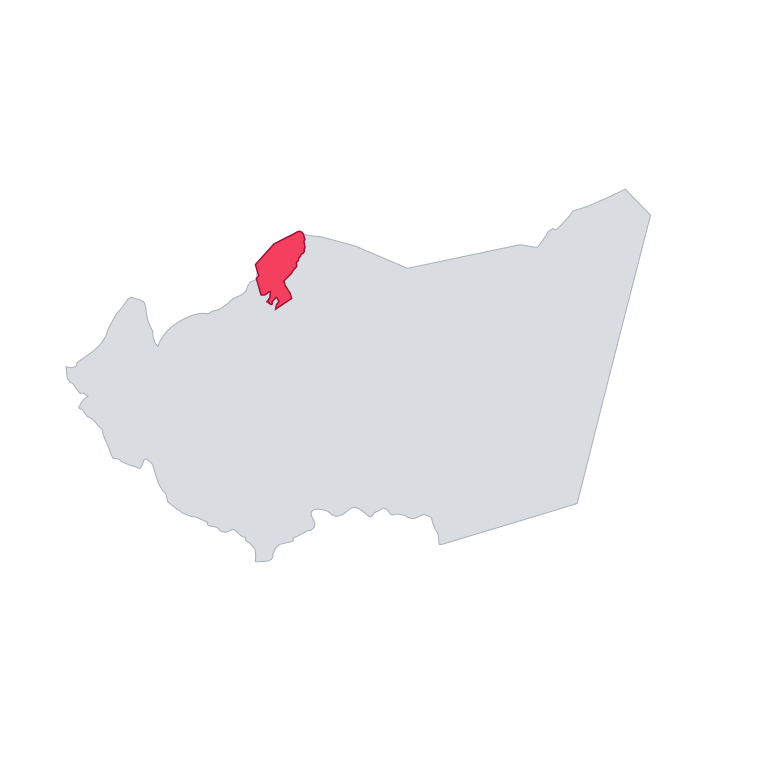 where Lac sits in Chad, rotated 74°
{"feature_id": "TCD-1466", "entity_name": "Lac", "entity_type": "Prefecture", "adm_level": 1, "iso_a3": "TCD", "parent_name": "Chad", "parent_adm1": "", "projection": "natural_earth1", "projection_center": [14.654, 13.759], "detail": "fine", "context": "in_parent", "style": "filled", "palette": "rose", "viewbox_px": 768, "rotation_deg": 74, "n_neighbors": 0, "source": "natural_earth", "source_scale": "10m", "svg_char_len": 5770}
<svg xmlns="http://www.w3.org/2000/svg" viewBox="0 0 768 768"><g transform="rotate(74 384 384)"><path d="M552.1,231.3L552.4,248.2L552.7,265.2L552.9,282.1L553.2,299.0L553.4,315.9L553.6,332.9L553.8,349.8L554.1,366.7L554.1,372.3L553.7,374.5L553.6,374.8L553.0,375.2L545.3,373.6L541.9,373.6L537.2,374.8L530.3,375.5L525.8,375.3L522.7,378.2L520.3,381.7L521.6,390.1L521.3,392.9L520.4,395.7L518.4,398.2L516.3,400.2L515.0,401.9L513.5,405.7L512.4,407.5L512.5,409.9L512.1,412.4L510.9,413.7L507.7,414.7L505.6,415.8L504.0,417.6L502.8,418.9L503.5,420.7L504.3,423.1L504.8,426.8L505.1,429.0L506.7,430.8L507.7,432.1L508.1,433.6L507.1,435.0L503.2,437.7L501.7,438.7L499.9,440.1L499.2,440.6L496.3,443.2L494.9,445.5L494.2,447.4L494.3,450.0L495.8,453.9L497.4,457.3L498.0,459.8L498.4,462.6L498.3,465.2L497.5,467.5L496.0,469.5L490.6,473.4L488.0,477.6L485.9,482.8L485.4,485.6L486.0,487.5L487.1,489.1L488.7,489.9L491.1,490.1L495.0,489.2L498.6,488.7L502.5,490.5L504.6,494.8L503.8,498.0L505.3,503.7L506.7,510.6L506.6,513.0L507.1,513.8L509.6,514.3L510.1,515.9L509.4,528.0L510.6,531.4L512.2,533.9L514.0,535.1L515.9,536.7L516.9,537.9L519.0,538.1L521.4,540.3L522.1,543.3L521.9,546.1L520.6,552.3L519.5,556.4L518.1,556.2L515.3,555.1L511.8,554.3L507.6,553.5L503.5,555.2L499.2,557.4L497.8,559.0L496.6,560.0L494.7,559.8L493.0,560.1L492.0,561.6L490.4,563.4L484.2,566.9L482.9,568.2L482.1,569.5L482.1,570.9L482.7,573.8L482.8,577.4L481.4,580.3L479.8,582.2L477.9,583.0L476.4,583.4L475.4,584.6L472.1,591.2L470.7,592.4L467.8,592.2L459.6,602.1L458.8,605.0L455.8,609.1L452.0,613.7L448.6,615.9L448.3,616.8L447.4,617.7L445.3,618.7L438.0,624.3L429.2,624.0L425.4,626.2L421.6,627.2L416.1,628.3L414.4,628.2L407.4,628.6L399.1,628.5L395.9,629.3L392.9,631.4L390.7,633.3L390.4,633.9L390.7,634.7L390.6,635.3L396.4,639.8L397.9,642.1L396.5,644.3L395.8,644.6L395.7,644.7L394.7,646.4L391.3,651.6L386.2,657.7L383.5,659.4L382.5,660.6L381.1,664.6L380.2,665.2L376.7,665.7L369.6,666.1L359.9,667.5L354.1,667.9L350.4,667.5L345.3,670.3L343.5,671.0L342.4,671.3L337.4,674.0L333.2,678.2L331.7,679.0L325.7,680.8L323.4,683.7L322.3,683.9L318.5,680.1L315.9,676.6L314.7,673.1L314.5,672.0L313.8,672.2L311.7,673.8L309.9,675.5L309.1,678.9L303.0,681.2L297.7,683.1L295.4,685.5L291.7,686.8L287.0,686.3L283.4,685.3L279.8,684.9L281.5,681.9L282.2,679.6L282.3,676.8L282.1,674.9L279.9,674.0L278.6,672.5L275.5,663.7L272.4,654.7L267.9,645.8L263.1,640.2L259.6,636.7L258.5,636.3L256.7,635.2L255.4,634.2L249.0,628.1L242.4,621.4L240.7,618.3L237.4,613.7L233.7,609.0L231.8,606.8L230.9,602.9L233.4,599.4L236.2,595.0L239.5,592.0L243.9,591.8L251.1,593.0L258.8,593.4L266.5,592.5L268.4,591.9L270.4,591.9L274.5,593.0L281.7,592.7L285.4,590.9L281.4,587.9L277.1,583.0L273.1,577.7L270.7,572.9L268.4,566.7L266.4,559.0L265.1,549.1L265.3,543.5L265.9,539.4L268.1,532.9L266.6,529.1L267.0,526.0L266.7,521.4L266.1,519.1L263.3,511.4L262.7,510.6L260.2,505.3L259.1,496.5L256.4,490.7L251.9,487.9L249.3,484.5L248.4,478.4L246.7,476.8L239.6,474.7L233.8,474.7L229.5,467.9L224.0,459.1L219.0,451.0L215.7,434.7L213.9,425.4L216.0,422.5L220.2,415.9L225.5,403.2L237.5,383.5L243.6,373.4L255.9,358.4L270.9,339.9L279.3,329.5L280.7,310.6L282.1,290.5L283.2,275.3L284.5,257.3L285.6,242.3L286.4,231.3L287.5,215.8L288.5,212.8L294.4,200.7L294.8,199.0L293.7,197.0L285.4,186.6L282.8,184.3L281.2,178.9L283.4,175.9L273.3,158.6L270.8,156.4L269.8,154.3L269.6,151.2L269.4,139.2L266.8,120.3L263.2,98.3L275.0,92.1L283.9,87.3L295.2,81.2L305.8,87.5L321.1,96.5L336.4,105.4L351.7,114.4L367.0,123.4L382.4,132.4L397.7,141.4L413.1,150.4L428.5,159.4L443.9,168.4L459.3,177.4L474.8,186.4L490.2,195.4L505.7,204.3L521.2,213.3L536.7,222.3L552.1,231.3Z" fill="#d9dde1" stroke="#a8b0b8" stroke-width="1"/><path d="M233.8,474.7L226.4,462.9L219.0,451.0L218.8,449.8L218.5,448.6L218.3,447.4L218.1,446.2L217.8,445.0L217.6,443.8L217.4,442.5L217.1,441.3L216.9,440.1L216.7,438.9L216.4,437.7L216.2,436.5L216.0,435.3L215.8,434.1L215.5,432.9L215.3,431.7L215.0,429.9L214.5,428.0L213.9,425.4L213.9,423.1L215.0,421.5L215.8,421.0L217.0,420.4L218.3,420.3L219.0,420.1L219.3,420.2L222.7,420.2L223.2,420.2L223.6,420.3L224.0,420.8L224.3,421.3L224.5,421.6L224.8,421.7L230.1,422.1L231.6,422.6L232.0,423.3L232.3,423.6L232.6,423.6L233.7,423.7L234.1,423.7L234.3,423.8L234.5,424.0L235.1,424.9L235.3,425.0L235.5,424.9L235.7,425.0L235.8,425.1L236.0,425.4L236.1,425.7L236.3,427.3L236.4,427.9L236.6,428.1L236.8,428.3L237.9,428.9L239.8,431.3L240.2,431.7L241.7,432.2L242.0,432.7L242.9,434.3L243.3,434.7L243.6,434.8L243.9,434.9L246.0,435.2L246.4,435.3L246.7,435.4L246.9,435.6L247.2,435.8L250.0,440.3L250.4,440.7L251.7,442.0L252.6,443.2L257.5,452.2L257.8,452.5L258.1,452.3L258.9,451.7L259.3,451.6L259.5,451.6L261.1,452.0L261.4,452.0L271.0,449.2L276.3,449.2L282.2,467.6L278.4,465.6L278.1,465.4L277.5,464.7L277.1,464.2L276.3,462.7L276.2,462.5L276.0,462.3L275.7,462.3L271.5,463.2L271.2,463.4L271.0,463.6L271.2,464.0L274.0,468.5L274.2,468.8L274.4,468.8L276.0,469.2L276.1,469.3L276.3,469.4L276.3,469.6L276.5,470.1L276.5,470.3L276.5,470.5L276.4,470.7L274.7,472.2L274.6,472.3L274.4,472.3L274.2,472.0L273.9,472.0L273.6,472.1L273.4,472.2L273.3,472.4L273.2,472.6L273.2,473.1L273.1,473.3L273.0,473.5L272.8,473.8L272.7,473.9L272.4,473.7L272.2,473.6L272.1,473.3L271.8,472.5L271.7,472.4L271.5,472.2L271.3,472.0L271.2,471.7L270.2,471.2L270.0,470.8L270.0,470.4L269.9,470.2L269.7,469.9L268.5,469.4L267.5,469.2L267.2,469.1L266.8,468.9L266.7,468.8L266.5,468.7L266.1,468.6L265.4,468.3L264.9,468.0L264.2,467.8L263.8,467.9L263.7,468.1L263.7,468.3L263.8,468.5L263.9,468.8L264.0,469.2L264.1,469.8L264.2,470.5L264.3,470.9L264.6,471.1L264.7,471.3L264.8,471.4L264.9,471.6L265.5,473.7L265.5,474.0L265.3,475.0L264.9,476.4L264.7,477.3L264.6,477.5L264.3,477.6L264.0,477.7L247.9,477.6L247.3,477.6L245.8,475.0L245.2,474.6L233.8,474.7Z" fill="#f43f5e" stroke="#9f1239" stroke-width="1.5"/></g></svg>